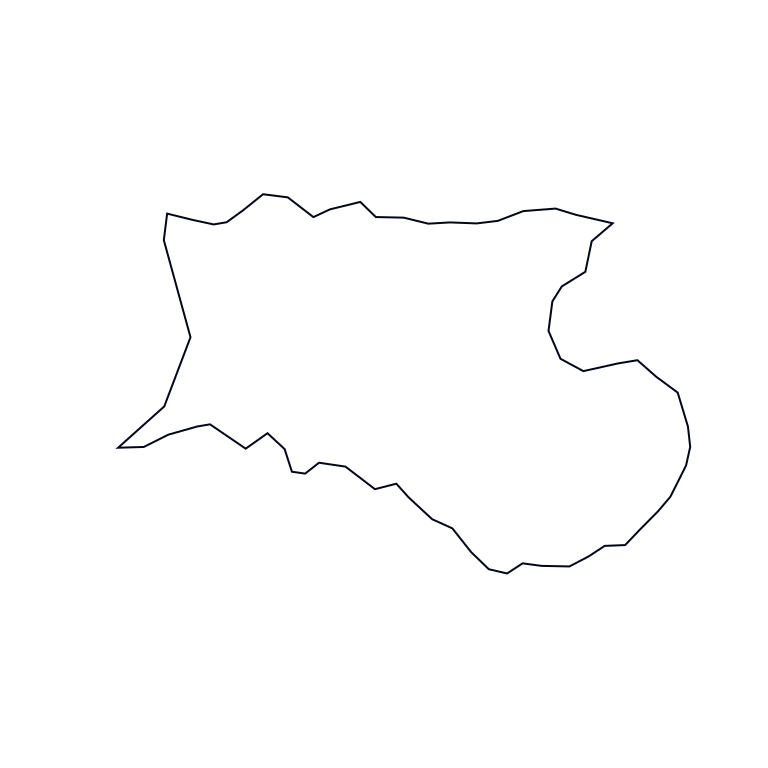 outline of Kotsiatis, Nicosia, Cyprus, rotated 249°
{"feature_id": "46923920B69253300160662", "entity_name": "Kotsiatis", "entity_type": "district", "adm_level": 2, "iso_a3": "CYP", "parent_name": "Cyprus", "parent_adm1": "Nicosia", "projection": "robinson", "projection_center": [33.342, 35.013], "detail": "fine", "context": "isolated", "style": "outline", "palette": "ink", "viewbox_px": 768, "rotation_deg": 249, "n_neighbors": 0, "source": "geoboundaries", "source_scale": "gbopen_adm2", "svg_char_len": 982}
<svg xmlns="http://www.w3.org/2000/svg" viewBox="0 0 768 768"><g transform="rotate(249 384 384)"><path d="M419.8,112.9L411.3,137.2L414.0,164.4L411.3,194.2L408.7,207.1L373.2,231.7L379.8,257.6L358.8,267.9L335.1,266.6L328.6,278.3L333.8,295.1L320.7,318.4L289.1,337.8L286.5,359.8L269.4,366.3L240.5,380.5L224.7,396.1L195.8,405.1L173.5,415.5L163.0,431.0L166.9,449.1L157.7,466.0L147.2,491.8L149.8,513.8L153.8,532.0L147.2,551.4L156.4,570.8L166.9,594.1L176.1,610.9L187.9,623.9L199.8,636.9L215.5,647.3L235.3,652.5L270.7,655.1L293.1,640.8L315.4,629.1L319.4,609.6L324.6,574.7L344.3,557.8L374.6,556.6L400.8,570.8L411.4,585.0L416.6,612.2L442.9,629.1L452.1,655.1L473.1,623.9L486.3,607.0L495.5,576.0L495.5,548.8L500.7,528.1L511.2,503.5L517.8,482.8L532.2,462.1L542.8,436.2L562.5,427.1L566.4,396.1L565.1,377.9L592.7,361.1L604.5,339.1L596.6,314.5L591.4,295.1L594.0,282.2L605.8,264.1L620.8,242.6L597.2,230.0L497.0,220.1L441.8,170.8L419.8,112.9Z" fill="none" stroke="#020617" stroke-width="2"/></g></svg>